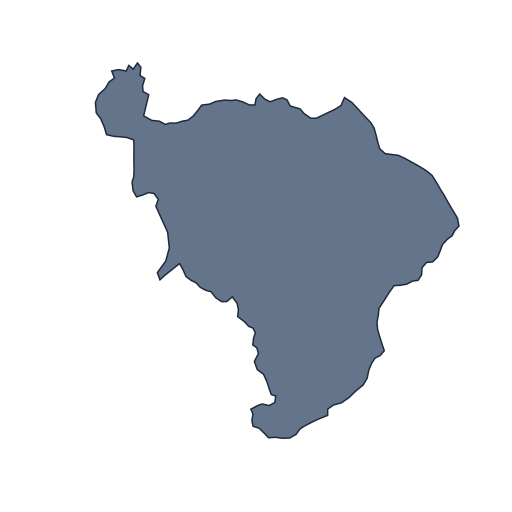 the district of Mato Castelhano, Rio Grande do Sul, Brazil, rotated 193°
{"feature_id": "56859067B22451204874775", "entity_name": "Mato Castelhano", "entity_type": "district", "adm_level": 2, "iso_a3": "BRA", "parent_name": "Brazil", "parent_adm1": "Rio Grande do Sul", "projection": "natural_earth1", "projection_center": [-52.187, -28.262], "detail": "fine", "context": "isolated", "style": "filled", "palette": "slate", "viewbox_px": 512, "rotation_deg": 193, "n_neighbors": 0, "source": "geoboundaries", "source_scale": "gbopen_adm2", "svg_char_len": 2433}
<svg xmlns="http://www.w3.org/2000/svg" viewBox="0 0 512 512"><g transform="rotate(193 256 256)"><path d="M319.6,220.3L313.9,217.7L308.4,216.4L303.2,212.9L297.3,211.3L291.6,211.0L286.1,206.4L279.2,203.8L274.3,205.0L269.9,210.8L263.8,205.6L261.0,199.6L260.3,192.9L252.3,189.3L247.3,185.8L242.6,185.1L239.4,180.9L239.9,175.1L239.1,168.6L234.5,166.7L231.7,161.4L233.9,152.9L229.1,145.5L222.0,142.4L216.9,135.7L212.8,128.8L209.9,124.4L205.3,124.0L204.7,117.5L209.6,113.2L216.8,113.2L221.3,110.2L226.5,105.6L223.4,101.2L223.0,94.8L220.5,89.4L214.3,88.9L207.8,85.0L202.9,81.7L196.4,83.7L189.2,84.4L182.2,86.2L176.8,91.3L174.3,97.3L170.9,100.9L166.1,105.0L160.9,109.3L155.2,113.5L150.3,116.8L151.7,122.9L147.0,128.2L139.8,132.1L133.5,139.0L128.6,146.6L122.6,154.4L120.2,162.0L120.4,170.4L119.1,177.8L117.0,183.3L112.7,186.8L109.7,192.6L114.0,199.6L117.5,205.5L120.9,211.6L123.2,218.5L123.5,225.8L124.4,232.6L121.4,240.8L117.9,250.7L114.8,258.2L109.2,259.8L102.9,262.4L97.6,266.9L92.6,268.7L90.4,274.8L91.6,281.9L88.3,288.2L82.6,289.9L78.7,296.1L77.7,302.6L76.9,309.0L73.5,315.1L69.5,319.9L68.0,325.5L65.0,330.8L68.2,338.2L72.8,343.0L76.3,346.6L81.4,352.0L86.7,357.9L90.9,362.0L95.8,367.3L102.8,374.3L110.5,377.9L118.2,380.4L132.9,384.6L140.0,386.1L146.8,385.4L153.2,384.8L159.4,388.2L162.4,393.2L165.9,400.2L169.6,407.1L174.3,411.9L180.8,416.1L190.0,422.4L197.2,427.2L205.4,430.3L207.1,421.6L212.3,416.5L216.6,413.1L228.2,403.8L233.7,402.6L241.2,405.6L246.1,409.2L256.5,409.9L261.0,415.2L265.7,416.1L271.0,413.4L276.7,409.5L282.4,410.7L288.9,414.6L291.3,409.2L291.1,402.9L296.5,401.7L303.7,403.2L310.4,403.6L315.2,401.9L321.6,400.9L330.0,397.5L335.3,393.6L342.9,390.8L345.7,384.2L348.7,378.2L352.8,373.1L358.3,370.7L363.6,367.5L369.8,366.2L374.0,363.8L380.4,365.6L388.1,364.7L397.0,367.3L396.8,389.0L403.0,390.8L404.8,396.3L404.3,404.0L409.5,405.7L410.7,414.0L414.9,417.4L417.7,410.4L422.7,413.1L424.1,407.1L431.9,406.7L438.2,403.8L433.9,397.5L438.3,392.7L440.6,385.2L445.7,377.9L447.0,369.5L443.8,359.5L438.1,354.7L433.1,347.9L428.9,340.6L421.4,340.6L415.2,341.6L408.6,342.4L401.3,341.6L399.3,334.3L398.1,328.7L396.6,322.2L394.3,313.0L392.9,305.8L393.4,300.1L390.4,291.9L385.7,286.7L380.4,289.8L374.8,293.7L369.5,294.0L363.9,289.2L364.8,282.0L347.4,259.2L342.3,244.4L342.5,238.1L342.8,230.8L345.2,225.1L348.4,217.6L344.2,211.2L340.7,216.4L328.8,231.4L324.3,226.6L319.6,220.3Z" fill="#64748b" stroke="#1e293b" stroke-width="1.5"/></g></svg>